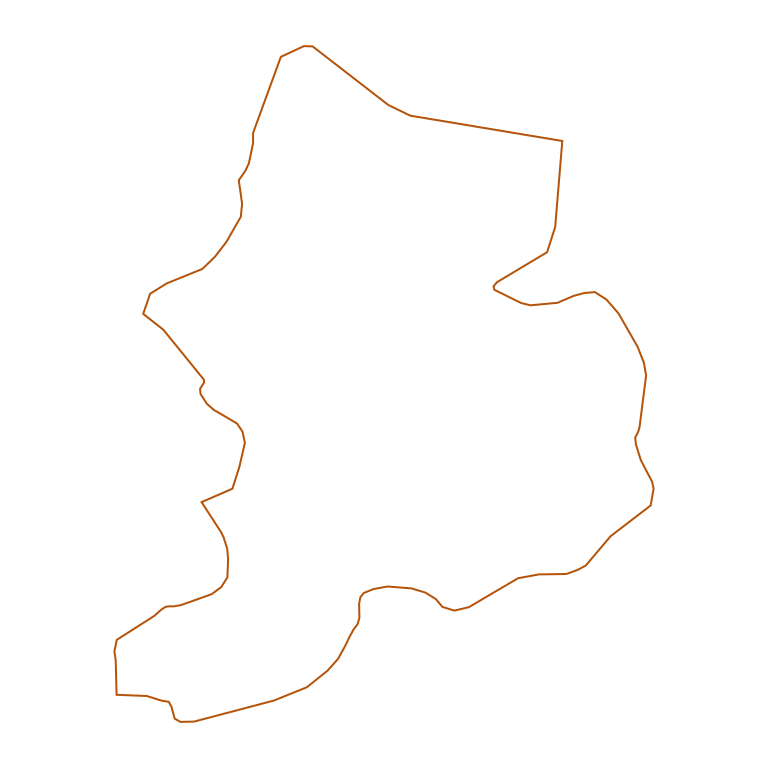 the Canton of Glarus
{"feature_id": "CHE-169", "entity_name": "Glarus", "entity_type": "Canton", "adm_level": 1, "iso_a3": "CHE", "parent_name": "Switzerland", "parent_adm1": "", "projection": "robinson", "projection_center": [9.033, 46.988], "detail": "fine", "context": "isolated", "style": "outline", "palette": "amber", "viewbox_px": 768, "rotation_deg": 0, "n_neighbors": 0, "source": "natural_earth", "source_scale": "10m", "svg_char_len": 1408}
<svg xmlns="http://www.w3.org/2000/svg" viewBox="0 0 768 768"><path d="M201.6,502.1L232.4,488.7L239.3,467.1L244.9,442.9L242.5,431.6L236.9,423.4L213.8,409.9L206.8,403.7L200.5,393.9L200.1,388.7L204.1,382.5L203.9,379.7L163.3,329.7L143.2,313.9L150.1,293.8L166.5,283.5L202.4,268.9L215.0,256.7L226.4,241.9L240.8,216.8L242.1,203.8L238.8,180.2L245.5,170.6L248.9,163.2L253.1,143.1L253.1,132.9L280.9,56.8L304.0,46.1L312.6,46.4L388.3,105.0L410.3,115.7L562.3,141.0L555.2,226.9L547.1,252.2L497.1,282.1L493.5,286.4L494.4,289.8L521.1,303.0L530.5,305.3L557.5,302.8L573.6,295.9L584.3,293.0L594.9,292.1L606.5,299.6L618.5,313.4L637.6,346.8L643.9,362.7L646.1,375.5L639.5,427.4L638.1,432.0L635.2,437.6L635.9,444.3L640.8,460.1L652.1,481.7L653.6,488.6L650.7,505.4L610.6,536.2L585.9,565.4L578.3,569.6L566.4,574.0L539.0,574.4L518.1,578.2L468.8,607.2L454.3,610.6L442.4,606.9L435.9,599.1L425.4,592.6L411.5,588.4L387.5,586.5L373.3,589.1L363.6,593.1L360.3,597.4L359.1,604.0L359.4,617.9L357.6,624.1L353.5,629.6L349.5,636.9L345.2,645.9L338.1,658.8L327.5,670.7L306.9,687.2L274.0,700.5L194.0,721.6L180.4,721.9L174.7,718.6L171.4,706.6L168.7,701.8L161.7,700.7L146.7,696.0L116.6,694.8L115.7,660.2L114.4,651.3L116.8,639.8L154.4,615.8L161.1,609.8L165.4,606.9L169.2,606.3L174.1,606.3L180.6,605.2L211.6,594.2L221.3,587.0L227.4,577.4L228.1,559.2L227.2,548.7L223.6,537.3L221.1,532.2L201.6,502.1Z" fill="none" stroke="#b45309" stroke-width="2"/></svg>